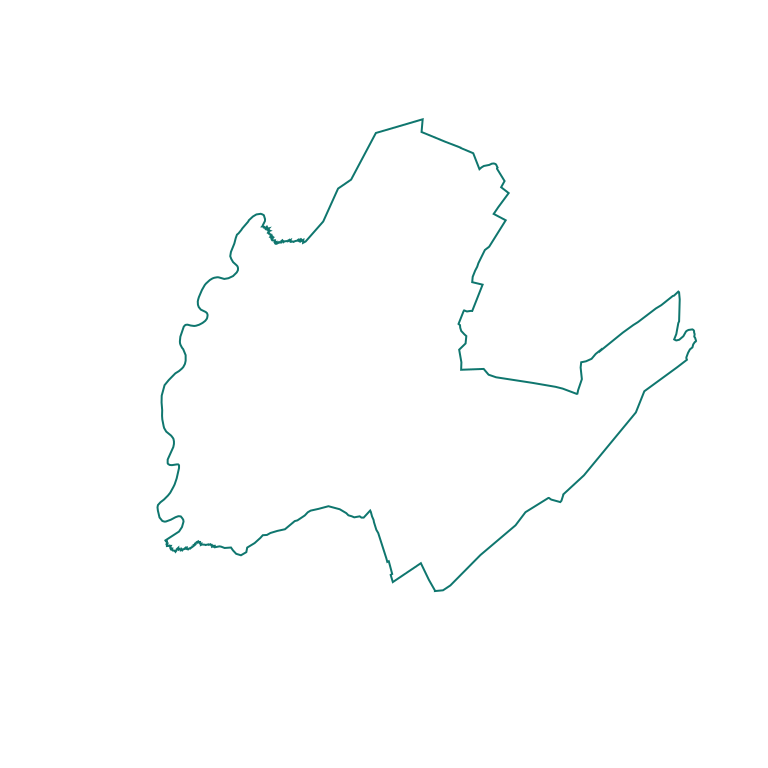 Brenguļu pag., Beverinas, Latvia, rotated 312°
{"feature_id": "27541924B16745328743360", "entity_name": "Brenguļu pag.", "entity_type": "district", "adm_level": 2, "iso_a3": "LVA", "parent_name": "Latvia", "parent_adm1": "Beverinas", "projection": "equal_earth", "projection_center": [25.567, 57.531], "detail": "fine", "context": "isolated", "style": "outline", "palette": "teal", "viewbox_px": 768, "rotation_deg": 312, "n_neighbors": 0, "source": "geoboundaries", "source_scale": "gbopen_adm2", "svg_char_len": 6154}
<svg xmlns="http://www.w3.org/2000/svg" viewBox="0 0 768 768"><g transform="rotate(312 384 384)"><path d="M121.5,326.2L121.2,327.2L121.3,327.6L122.0,327.8L121.7,328.2L120.6,328.9L120.6,329.4L119.3,329.6L118.9,330.4L119.6,330.5L118.4,331.2L120.1,332.8L120.6,332.9L120.6,333.5L121.0,333.9L119.9,334.2L119.3,334.7L119.6,335.5L118.8,335.7L118.5,336.3L118.5,336.6L119.7,337.0L119.2,337.4L118.9,338.4L120.0,339.9L119.8,340.5L120.2,340.9L120.0,341.3L121.2,341.2L122.4,340.5L124.5,340.7L123.4,341.6L123.3,342.2L124.7,342.5L124.4,342.9L124.5,343.6L125.0,343.9L125.8,343.9L125.7,344.1L125.1,344.4L125.4,344.5L125.1,344.8L125.3,345.4L126.1,345.1L126.8,345.6L128.4,345.9L128.1,346.3L128.7,346.7L130.0,346.4L130.0,346.7L130.4,346.9L130.1,347.1L129.1,347.0L129.4,347.4L130.0,347.3L130.1,347.6L130.0,347.9L129.4,347.8L129.5,348.2L130.1,349.2L131.6,349.3L132.1,350.1L132.8,349.9L133.0,350.2L134.7,350.6L135.0,350.3L135.7,350.8L137.1,351.0L136.8,350.7L137.0,350.3L138.4,351.0L138.7,350.4L139.0,350.3L139.8,350.7L140.8,350.6L141.2,351.1L141.7,350.8L142.1,350.9L142.3,351.1L142.0,351.5L142.8,351.5L142.5,352.6L143.2,352.7L143.4,352.9L143.0,353.1L142.4,354.1L143.0,354.7L142.3,354.8L142.2,355.0L142.5,355.4L142.0,355.7L142.9,356.1L144.8,358.5L144.9,359.1L147.3,360.8L147.2,361.3L148.7,362.2L148.4,362.7L149.2,363.6L148.4,364.3L148.6,364.8L148.1,365.2L148.7,365.5L149.4,365.3L150.4,366.4L149.2,366.9L149.3,367.4L153.2,370.3L154.1,371.7L155.5,375.3L160.1,379.7L159.3,383.1L158.9,387.8L161.0,392.3L166.9,394.2L170.9,391.8L179.2,394.3L186.8,395.1L190.5,395.1L193.5,398.0L197.3,399.3L203.4,403.0L209.8,407.6L222.4,409.4L224.7,410.9L233.3,413.1L237.7,413.2L240.8,414.2L247.4,418.9L256.0,424.5L261.3,434.9L262.8,442.4L262.6,445.4L264.1,448.5L265.0,451.1L269.4,454.5L269.6,456.6L271.1,458.3L280.7,458.4L280.2,459.7L277.6,463.7L276.0,467.2L274.6,469.0L270.5,475.9L269.4,479.4L256.0,502.4L254.0,505.5L255.5,506.1L255.4,506.3L248.3,517.2L246.6,516.7L242.7,523.1L275.5,531.3L268.5,548.4L264.5,560.4L264.3,560.5L270.2,565.9L278.7,568.1L321.4,570.1L367.0,576.3L383.4,574.9L409.3,582.4L409.7,582.9L410.0,585.6L414.2,594.0L415.9,594.0L421.7,591.4L421.9,591.1L449.9,593.7L531.4,590.2L552.8,582.3L592.3,590.6L604.7,592.9L605.5,591.4L606.1,590.9L610.6,589.1L614.4,588.2L617.6,588.7L620.3,587.3L623.1,586.9L623.8,587.2L624.8,587.1L626.5,584.3L626.8,582.9L628.9,581.5L629.7,580.1L630.9,578.9L631.2,577.7L630.9,576.6L627.9,574.1L626.0,573.4L625.0,573.3L619.8,574.5L614.5,573.8L612.1,572.2L611.7,571.5L611.3,569.8L616.7,567.8L626.3,561.9L628.0,561.4L644.8,547.1L649.6,541.9L649.6,540.9L643.7,540.4L642.6,539.7L628.1,537.3L622.1,535.5L599.9,531.3L594.6,529.8L582.0,527.1L553.5,522.6L554.2,522.2L548.0,521.2L541.6,521.4L536.0,518.9L532.1,516.0L527.8,519.1L520.0,527.8L509.3,532.4L506.2,534.2L505.6,533.8L500.1,519.8L496.7,513.4L484.2,493.6L464.0,462.8L460.9,455.5L461.9,448.0L446.2,431.8L451.9,427.0L459.8,416.9L468.7,417.5L474.7,413.1L474.7,410.4L475.1,405.9L476.8,403.0L478.6,401.1L478.5,399.2L491.4,394.4L492.3,394.3L493.4,397.1L496.2,399.4L497.3,400.7L523.8,390.8L518.7,381.4L523.0,378.2L529.2,375.9L533.5,374.8L536.9,373.3L551.1,369.3L556.4,370.3L587.1,364.9L583.8,351.7L591.9,350.6L609.3,348.9L608.6,339.4L615.5,337.8L619.6,323.9L620.0,323.6L620.8,323.6L622.0,320.7L622.1,319.7L621.4,318.1L619.9,316.7L617.2,315.6L612.8,312.3L610.1,311.5L607.5,311.2L615.2,295.9L610.7,283.0L610.9,282.8L605.0,267.4L596.4,243.3L606.6,235.6L565.1,210.0L513.9,222.8L498.5,219.1L464.1,230.1L437.5,230.4L434.8,229.4L437.2,227.6L433.7,226.5L433.6,226.2L435.0,226.3L435.3,225.9L436.1,225.6L436.1,225.3L434.6,225.1L434.5,224.9L434.7,224.5L434.4,223.9L433.7,223.7L433.1,224.3L432.9,224.1L433.2,223.7L432.3,223.5L430.9,222.4L429.1,221.7L429.1,221.2L427.4,219.7L427.8,219.5L427.3,219.0L427.4,218.6L428.4,218.2L427.8,218.0L427.9,217.4L426.6,217.4L426.6,216.8L425.4,216.8L424.9,215.8L423.3,214.6L422.4,214.4L422.9,213.7L422.5,213.2L422.8,212.3L421.6,212.1L421.3,212.9L420.6,213.1L420.2,212.9L420.3,212.3L419.4,211.7L419.3,211.0L418.9,210.9L418.5,211.3L417.6,210.7L417.1,210.7L416.9,210.4L417.3,209.9L415.9,210.0L415.7,209.6L415.9,209.4L415.8,208.9L417.1,208.4L416.4,207.7L417.8,206.8L416.3,205.3L416.0,204.9L416.1,204.2L416.7,203.8L418.1,203.7L417.3,203.0L418.4,202.7L417.9,202.3L418.9,201.9L419.2,201.3L417.7,201.7L417.3,201.1L418.1,201.0L419.1,199.2L419.1,198.3L418.7,198.0L418.7,197.4L419.1,197.3L418.8,196.6L420.0,196.4L420.2,196.0L421.6,196.7L421.3,195.9L421.6,195.4L421.5,195.1L421.0,195.0L420.7,194.3L422.6,194.3L420.9,193.2L421.0,193.0L422.1,192.7L422.5,191.7L421.9,191.7L421.8,192.4L421.5,192.5L420.0,192.2L420.2,191.7L420.7,191.4L420.1,190.4L421.4,190.1L420.9,190.0L419.5,188.1L420.1,188.1L420.6,187.8L425.4,186.5L426.9,185.3L429.0,181.8L428.7,180.2L428.0,178.5L424.6,175.7L420.7,174.5L415.1,174.0L414.1,174.4L404.8,174.6L403.0,174.9L398.5,175.1L396.6,174.8L393.4,176.1L388.2,178.8L379.7,181.9L376.1,184.2L374.7,186.9L373.6,190.3L373.6,194.6L373.5,196.0L373.1,197.0L372.4,198.0L370.8,199.3L368.4,199.9L363.2,199.6L358.5,197.6L355.2,195.0L352.6,189.7L351.7,188.6L349.4,186.8L347.7,185.9L344.7,185.0L339.5,184.5L337.5,184.6L332.0,185.8L324.7,188.3L322.2,189.5L320.7,190.4L318.4,192.7L317.2,194.9L316.7,198.1L318.2,203.3L318.2,205.1L317.5,206.4L316.8,207.1L314.9,208.3L313.8,208.7L311.3,208.9L308.0,208.3L304.4,207.0L301.5,205.3L300.1,204.1L298.1,201.2L296.7,198.4L295.8,197.5L295.0,196.9L292.7,196.8L282.9,201.0L279.2,203.7L277.9,205.0L277.0,206.4L275.8,209.6L275.5,211.5L272.7,217.3L268.6,221.0L265.8,222.6L262.3,223.5L260.2,223.5L256.4,223.0L252.3,221.8L243.0,221.4L236.3,221.7L226.6,226.6L221.4,231.1L216.1,236.7L211.8,240.4L209.3,243.0L205.1,248.6L204.1,250.2L202.9,254.0L203.2,260.4L202.7,263.1L202.3,264.3L200.8,266.3L198.9,268.0L196.2,269.6L183.1,273.8L180.4,276.2L180.1,277.3L180.5,279.0L181.8,280.7L185.7,283.9L186.6,285.0L186.4,286.1L184.4,287.9L175.1,293.1L169.3,295.6L166.5,296.4L160.1,297.9L156.6,298.1L150.9,297.8L146.5,297.0L142.8,297.0L140.8,298.2L138.6,300.7L134.6,306.5L133.9,310.9L134.8,312.9L135.8,313.9L140.5,316.4L145.5,318.2L148.1,319.6L149.0,320.7L149.6,321.6L149.3,323.7L148.8,325.6L147.6,327.1L142.5,329.6L137.2,330.4L121.5,326.2Z" fill="none" stroke="#0f766e" stroke-width="2"/></g></svg>